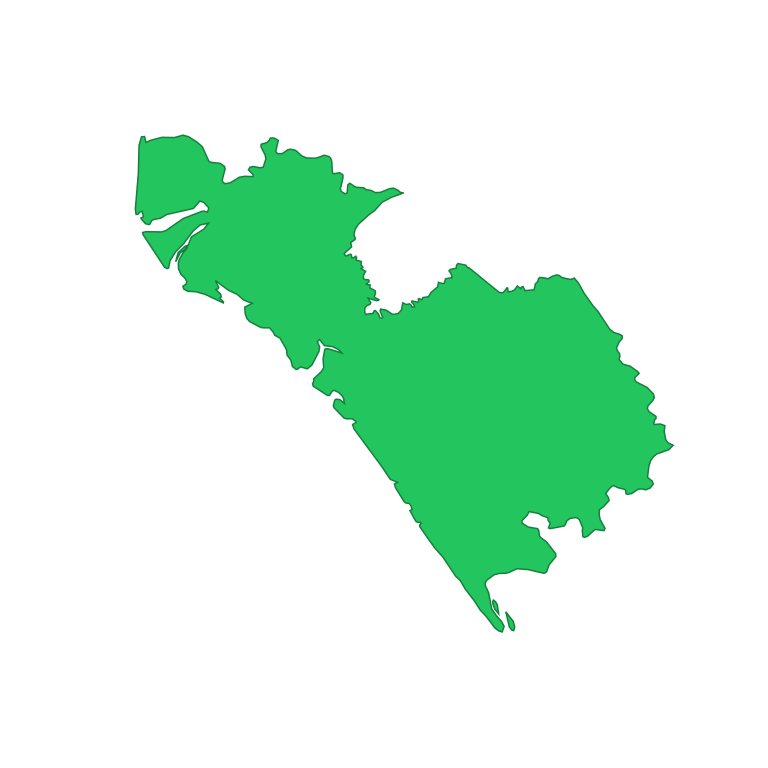 outline of Chinde, Zambezia, Mozambique, rotated 104°
{"feature_id": "85939544B82585183947830", "entity_name": "Chinde", "entity_type": "district", "adm_level": 2, "iso_a3": "MOZ", "parent_name": "Mozambique", "parent_adm1": "Zambezia", "projection": "natural_earth1", "projection_center": [36.399, -18.468], "detail": "fine", "context": "isolated", "style": "filled", "palette": "green", "viewbox_px": 768, "rotation_deg": 104, "n_neighbors": 0, "source": "geoboundaries", "source_scale": "gbopen_adm2", "svg_char_len": 6169}
<svg xmlns="http://www.w3.org/2000/svg" viewBox="0 0 768 768"><g transform="rotate(104 384 384)"><path d="M507.0,176.5L497.9,188.1L494.8,195.3L493.2,196.7L488.7,198.4L487.2,200.0L487.9,209.5L485.7,215.9L484.8,216.9L482.9,216.9L476.7,213.3L472.7,212.3L472.2,202.9L473.6,198.3L474.0,192.8L476.8,191.6L479.1,189.0L483.8,189.6L484.2,188.0L478.3,175.0L476.3,173.9L472.8,173.7L469.3,170.8L467.2,165.6L467.4,163.5L468.4,161.6L475.7,156.2L477.8,156.3L483.9,154.1L484.4,152.8L482.7,149.9L474.6,144.4L473.9,143.0L473.1,135.1L470.6,134.6L463.2,141.5L458.4,143.7L453.8,144.5L449.9,141.3L442.7,137.4L440.0,138.7L436.6,142.4L430.7,139.8L427.7,137.8L427.1,136.4L428.0,132.1L428.0,125.0L428.8,123.8L431.9,122.6L432.2,121.2L430.4,117.2L424.6,111.9L423.3,108.0L423.4,104.6L420.6,100.6L416.0,98.5L413.3,100.3L410.8,105.7L399.9,107.1L394.1,106.8L389.3,105.0L385.9,102.4L378.7,91.6L373.5,88.6L372.3,94.4L369.7,97.3L362.3,100.6L356.4,101.4L356.0,106.2L357.9,112.0L357.2,112.7L353.5,112.8L351.4,111.7L349.6,112.3L346.7,120.0L344.5,122.4L341.5,122.6L335.1,119.2L331.8,118.4L328.4,120.2L323.7,127.9L320.9,139.9L319.0,141.9L317.0,142.1L312.0,139.0L310.5,141.1L307.2,149.4L306.9,157.0L303.4,161.8L300.1,161.8L297.6,162.8L294.9,165.9L292.7,167.1L286.5,166.0L282.3,163.9L279.7,164.4L278.8,167.1L278.4,173.5L276.1,178.4L261.9,193.8L257.8,199.8L247.8,211.5L238.9,219.8L235.2,225.0L237.2,227.7L237.5,229.7L237.7,236.9L236.3,240.4L236.3,242.7L238.8,246.8L242.4,250.5L242.1,252.9L242.9,258.5L244.4,259.6L247.4,259.6L250.1,261.3L256.3,261.2L259.3,269.9L255.8,272.6L256.8,274.2L258.4,274.5L256.6,278.4L261.1,280.1L263.3,282.6L264.4,286.0L261.0,287.2L260.9,288.0L266.4,290.3L267.0,291.7L267.2,294.6L250.9,329.1L250.6,331.4L248.9,333.3L249.2,341.4L251.2,342.4L254.1,341.9L256.8,347.4L258.5,348.3L260.9,345.5L264.3,343.7L267.0,349.8L271.7,349.9L272.4,351.8L272.2,355.7L276.8,355.5L283.9,360.6L288.6,362.0L290.7,367.2L293.1,367.7L292.6,370.7L293.4,371.3L295.6,370.3L296.5,371.5L296.6,376.9L297.9,377.0L300.0,374.0L301.8,373.0L302.6,375.4L300.6,377.2L300.1,378.7L301.5,381.7L300.7,385.4L308.1,385.0L312.1,387.3L313.9,390.9L314.2,393.0L311.8,399.6L312.1,405.4L313.7,405.6L319.9,401.3L320.9,402.4L320.9,403.7L317.2,406.6L314.8,410.2L315.2,411.1L318.4,412.0L319.9,416.7L321.1,418.0L319.5,419.9L315.0,421.0L312.0,419.5L310.1,416.9L308.4,416.5L304.5,420.2L305.0,411.6L304.2,409.5L303.4,409.3L302.3,414.0L301.1,414.6L298.3,414.1L295.6,415.2L294.2,420.9L291.2,421.4L291.6,425.1L291.1,425.4L288.4,423.2L287.1,423.6L286.6,424.6L287.3,427.5L286.7,429.5L283.6,430.2L279.1,429.1L277.7,434.3L275.8,432.7L273.9,435.2L270.6,435.6L270.6,440.8L267.7,441.3L266.8,442.3L268.6,443.7L269.3,445.6L266.3,447.2L266.3,448.2L269.0,451.8L268.0,453.6L266.7,454.0L258.8,448.6L254.9,450.5L250.8,447.0L249.6,447.0L246.8,449.2L241.1,449.5L234.9,447.3L223.9,439.9L217.9,435.0L208.0,429.7L201.2,422.1L193.8,411.1L194.1,414.5L192.7,417.0L191.7,422.4L193.1,425.8L198.9,433.8L200.4,438.7L199.3,443.5L199.7,448.3L198.5,451.3L199.9,459.0L197.5,465.8L199.7,467.3L207.6,466.0L208.9,468.0L207.4,472.3L205.1,473.5L193.8,473.7L191.1,474.4L189.7,478.1L192.0,483.2L191.9,485.0L180.5,488.6L177.7,490.4L176.6,492.4L176.5,497.3L181.3,504.5L183.4,513.5L182.6,518.9L178.7,526.2L178.8,531.5L180.0,534.0L184.9,538.3L186.2,542.2L185.5,544.5L184.3,545.3L173.3,545.5L172.0,549.4L172.2,551.9L172.9,553.8L175.1,554.2L178.2,556.2L181.0,561.1L182.0,561.2L183.8,560.6L190.6,554.7L194.2,553.1L202.8,553.6L204.2,556.5L204.6,563.6L206.1,566.5L209.0,567.4L212.7,561.4L214.4,561.3L216.2,569.5L218.3,574.3L226.0,581.9L228.1,586.7L227.2,589.2L225.1,590.3L213.6,590.2L211.5,591.4L209.5,596.3L210.7,605.0L210.5,607.6L197.7,617.7L194.4,624.3L191.3,633.6L191.2,639.3L195.5,646.8L198.4,659.2L204.1,669.5L207.2,673.4L201.8,676.2L202.8,679.1L211.8,679.4L239.2,673.3L274.4,667.6L279.4,665.6L279.0,663.9L276.2,662.5L274.9,660.5L279.2,658.2L280.6,658.4L281.7,660.0L282.5,659.5L286.2,654.2L286.2,650.8L285.6,649.9L281.6,648.9L280.2,647.3L277.1,640.8L272.1,635.8L259.8,611.4L251.0,606.9L251.4,602.8L255.5,596.6L260.0,596.8L259.7,600.1L260.5,602.4L272.0,618.8L288.0,632.8L290.3,636.7L293.7,651.7L295.4,654.9L297.5,653.8L323.8,625.2L324.5,622.3L323.7,621.1L316.0,621.4L306.0,618.1L296.0,612.2L281.7,606.2L274.2,600.9L270.4,593.2L277.5,596.4L287.8,606.4L300.2,608.1L306.2,611.0L313.1,612.8L316.6,612.8L321.9,611.3L326.5,607.8L329.5,602.7L332.2,600.2L335.0,600.1L337.8,602.8L340.3,601.3L341.5,596.9L340.0,588.7L340.3,579.3L344.2,559.5L343.3,559.5L340.4,564.1L338.8,562.9L336.3,564.3L333.1,570.0L331.7,568.0L330.2,567.8L324.4,572.6L330.8,557.3L332.5,548.2L336.5,540.5L337.6,531.3L343.1,537.7L349.2,535.8L353.7,532.8L355.9,529.5L358.6,518.9L358.9,515.6L357.2,508.6L360.6,503.9L363.1,501.8L364.7,496.0L374.1,487.0L379.5,485.0L383.2,480.3L389.1,477.1L391.1,472.9L390.7,471.5L387.6,469.3L387.9,462.1L383.0,458.5L368.3,455.0L363.7,455.4L359.0,458.9L356.4,457.3L361.2,451.1L360.2,442.8L361.3,437.6L363.2,433.6L364.2,432.3L363.3,445.5L363.6,448.3L364.5,449.8L374.3,449.2L382.9,446.4L387.5,448.0L395.9,453.5L399.1,452.8L400.7,453.5L403.2,452.2L408.8,436.1L408.3,434.2L403.7,432.6L402.2,431.1L403.1,426.2L405.6,421.7L408.0,419.6L412.3,417.7L409.9,422.9L410.3,426.9L411.7,427.9L417.2,427.9L419.0,426.9L426.7,414.6L426.9,412.0L425.4,406.3L427.2,402.0L428.3,402.0L430.9,404.7L434.8,402.3L463.9,367.1L475.0,354.8L476.1,347.0L478.4,349.7L481.6,348.0L493.2,336.1L494.2,334.3L493.8,330.4L496.1,328.1L498.8,326.4L500.6,328.2L509.4,320.0L510.2,318.1L509.4,315.6L509.9,314.3L512.3,315.2L513.8,314.8L522.7,304.6L530.8,295.1L537.6,285.1L553.3,267.8L556.3,262.3L563.1,255.8L572.8,243.6L580.0,236.0L584.6,228.9L593.8,217.5L595.8,213.0L596.0,209.3L590.1,208.8L586.0,212.5L581.9,218.5L576.3,225.0L561.2,232.0L554.7,237.2L552.5,237.6L549.7,236.9L542.5,231.1L540.0,226.5L538.2,220.2L536.7,217.3L531.1,210.3L529.2,199.4L529.0,183.4L528.3,181.9L526.8,180.8L519.4,180.0L509.8,175.4L507.0,176.5ZM575.6,210.7L589.4,203.6L591.8,200.6L592.0,198.5L588.2,198.4L583.0,201.2L575.6,210.7ZM579.3,217.1L570.8,220.7L568.2,223.2L567.2,225.6L568.8,226.0L572.3,224.5L575.9,221.8L579.3,217.1ZM315.8,615.7L305.9,613.4L301.8,609.6L297.6,608.9L298.3,610.2L306.5,615.6L315.8,615.7Z" fill="#22c55e" stroke="#15803d" stroke-width="1.5"/></g></svg>